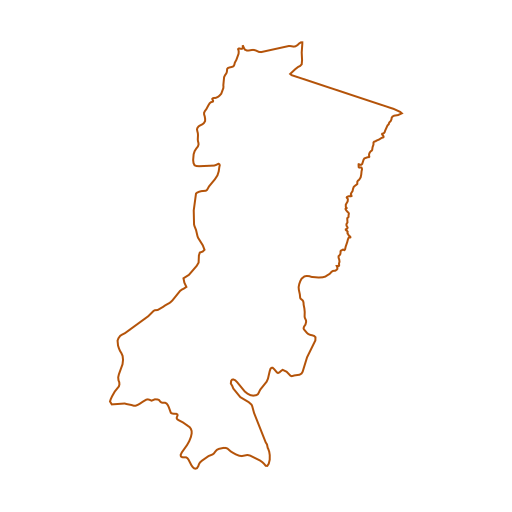 an SVG outline of Orellana, rotated 274°
{"feature_id": "ECU-1286", "entity_name": "Orellana", "entity_type": "Province", "adm_level": 1, "iso_a3": "ECU", "parent_name": "Ecuador", "parent_adm1": "", "projection": "orthographic", "projection_center": [-76.398, -0.797], "detail": "fine", "context": "isolated", "style": "outline", "palette": "amber", "viewbox_px": 512, "rotation_deg": 274, "n_neighbors": 0, "source": "natural_earth", "source_scale": "10m", "svg_char_len": 6093}
<svg xmlns="http://www.w3.org/2000/svg" viewBox="0 0 512 512"><g transform="rotate(274 256 256)"><path d="M465.3,228.1L463.1,229.2L461.1,230.5L460.3,232.7L460.5,234.5L461.3,237.8L461.4,239.6L461.0,241.5L459.8,244.7L459.8,247.0L467.8,274.2L467.8,275.9L467.5,279.0L467.9,280.7L469.3,282.7L471.0,284.2L472.3,286.0L472.4,287.3L470.7,287.4L462.2,287.4L454.5,288.3L450.4,288.2L448.6,286.7L447.6,284.9L445.1,282.1L440.0,277.4L438.9,278.9L412.2,383.5L409.8,389.8L408.5,391.5L406.5,387.9L405.6,384.0L404.6,382.4L403.3,381.7L401.8,381.6L399.9,380.9L398.7,379.8L397.6,379.3L396.6,379.2L395.5,378.1L390.1,376.1L388.5,375.7L387.6,375.1L387.1,374.3L386.8,373.4L386.4,373.2L385.6,373.7L384.9,374.5L383.7,375.0L383.1,374.5L382.6,373.1L380.8,370.7L379.4,367.9L378.9,367.5L378.3,365.9L377.5,365.3L375.3,365.4L372.7,364.7L370.0,364.5L369.2,364.1L368.5,363.2L367.7,362.6L366.3,361.9L365.1,361.7L364.0,361.8L362.9,362.1L362.5,361.8L362.5,361.3L362.2,360.2L360.9,357.3L359.6,356.6L355.2,355.5L354.4,354.7L354.2,353.7L354.6,352.8L354.7,352.0L354.0,351.9L353.3,352.1L351.9,352.2L351.5,352.6L351.4,353.3L351.7,354.3L351.6,355.0L350.8,355.5L349.7,355.7L348.0,355.4L344.7,355.3L341.7,354.9L339.3,353.6L338.2,352.4L337.2,351.9L334.9,352.0L334.1,351.2L333.2,350.1L331.8,348.7L329.7,348.1L327.5,347.8L325.6,346.7L324.5,346.3L323.8,346.4L323.3,346.9L322.5,347.1L322.2,346.5L322.1,345.7L322.2,344.7L321.8,343.6L321.2,342.6L320.7,342.4L320.2,342.7L319.7,343.4L318.7,343.7L316.8,343.6L313.6,342.0L311.7,342.1L310.9,342.3L310.6,342.8L310.2,343.1L309.9,342.8L309.7,342.2L309.3,342.0L308.9,342.1L308.1,342.6L306.3,344.3L305.9,345.0L305.2,345.5L304.6,345.7L303.4,345.5L302.7,345.5L301.5,345.6L300.9,345.2L300.1,344.4L299.0,344.5L295.8,344.9L294.4,344.1L293.5,344.0L292.5,344.2L291.6,344.9L290.6,345.4L289.8,345.1L289.3,344.5L288.9,343.7L288.4,343.7L287.8,344.3L287.3,345.2L286.5,345.8L285.7,345.6L285.0,345.7L284.7,345.8L284.3,346.3L283.1,347.0L282.5,347.7L282.1,348.4L281.4,348.9L281.1,348.8L280.9,347.4L280.4,347.0L278.8,346.5L276.1,346.0L271.6,344.8L268.9,344.4L268.0,343.8L268.1,343.2L268.5,342.5L268.3,341.9L267.5,340.9L267.2,340.2L266.4,340.0L265.3,340.1L263.9,340.0L262.7,339.4L261.6,338.4L260.6,338.4L259.5,338.7L258.2,339.3L256.0,339.7L254.3,339.3L252.5,339.6L251.7,339.2L251.6,338.5L251.8,337.7L251.7,337.2L250.4,337.9L248.9,338.1L248.0,337.5L246.9,336.2L246.7,335.1L246.5,333.9L246.1,333.2L245.2,332.2L243.6,331.0L242.7,329.9L241.9,328.7L240.3,326.6L239.4,323.9L238.9,320.1L239.0,312.9L239.6,310.5L239.6,307.9L239.0,305.7L236.6,303.1L234.2,302.0L231.1,301.1L227.9,300.7L225.3,301.1L220.8,302.4L217.3,303.0L216.5,303.5L215.1,305.5L214.2,306.2L212.5,306.7L210.8,306.9L207.1,307.9L203.5,308.5L199.1,308.7L197.8,309.0L195.2,310.4L193.7,310.6L191.0,310.1L189.0,308.9L187.3,308.5L186.2,308.9L182.9,312.1L181.8,313.6L181.1,315.6L180.8,317.7L180.3,319.6L179.1,321.0L175.9,321.1L158.5,314.0L143.8,310.6L141.9,309.6L140.6,307.7L139.5,302.5L138.9,301.0L138.6,299.8L139.0,298.7L142.7,294.6L144.3,290.5L142.7,288.6L141.6,287.6L140.8,286.1L141.3,285.0L144.3,282.1L145.7,280.4L145.5,279.2L144.5,278.3L142.1,277.7L134.5,276.5L131.4,275.4L123.2,269.7L121.7,269.0L120.1,268.4L118.2,267.5L117.2,266.0L116.5,263.0L116.8,260.1L118.1,257.1L120.1,254.2L128.8,246.0L130.6,243.9L131.3,241.8L130.9,240.7L129.6,239.9L127.0,239.8L124.7,241.4L122.2,242.6L114.1,250.2L109.7,258.9L107.4,261.9L105.9,262.7L99.3,265.0L70.7,278.7L68.8,280.1L65.3,281.1L64.8,281.5L61.8,282.8L58.3,283.6L53.8,283.9L49.7,283.2L47.4,281.9L47.4,280.3L49.2,278.6L50.7,276.8L52.3,274.2L56.5,264.0L56.9,261.3L55.4,255.7L55.6,253.1L56.7,249.7L58.1,246.7L59.3,244.4L61.9,241.0L62.4,239.3L62.3,236.9L61.0,232.4L59.9,230.5L58.3,229.2L56.0,227.7L55.0,226.5L53.1,222.6L48.0,216.3L46.1,214.5L44.3,213.6L42.4,213.1L40.2,211.9L39.6,210.4L39.9,209.0L41.0,207.6L42.7,206.2L48.3,202.8L49.6,201.6L50.3,200.2L50.1,198.0L50.1,196.4L50.8,195.1L52.3,194.7L54.9,195.7L62.6,200.4L66.6,202.3L71.0,203.7L74.5,204.2L76.9,204.0L79.0,203.1L80.6,201.8L84.9,194.7L86.9,190.1L87.6,188.9L88.4,188.3L89.4,188.2L91.7,188.9L92.5,188.6L93.0,187.5L92.9,184.6L93.1,183.1L93.6,182.0L99.0,179.6L101.0,178.5L102.6,177.1L103.3,175.5L103.1,172.6L103.5,171.4L104.3,170.4L105.5,169.4L106.0,167.9L106.0,165.2L104.4,161.9L104.7,161.1L105.0,160.2L105.3,159.1L105.4,157.7L105.0,156.5L102.8,153.3L100.4,150.2L99.3,148.5L98.2,146.3L98.1,144.6L98.7,142.0L99.3,137.1L99.7,135.3L97.9,122.5L100.7,120.5L103.1,121.1L106.0,122.2L111.0,124.6L116.3,128.3L118.4,128.7L120.5,128.4L122.4,127.5L125.4,127.0L128.5,127.5L138.7,130.4L143.1,130.6L147.0,129.9L149.7,128.5L151.8,127.0L154.3,125.7L157.1,124.6L161.9,123.8L164.3,124.5L166.9,126.1L168.1,127.7L169.9,130.7L188.4,152.7L194.0,157.6L194.7,158.6L194.9,159.2L195.1,160.8L195.4,161.9L198.8,166.9L200.3,168.7L202.1,171.4L202.7,172.4L203.7,173.7L205.7,175.6L215.9,182.7L217.5,184.6L218.3,186.1L220.3,188.7L224.4,186.4L228.7,185.2L232.5,190.4L242.0,197.5L245.4,199.2L252.5,199.0L255.5,199.7L256.7,202.5L258.6,204.2L262.9,202.2L270.2,196.9L271.8,196.2L277.7,194.4L281.4,192.6L283.1,192.0L297.1,190.7L314.1,191.8L315.0,192.7L316.1,194.7L316.9,197.0L317.6,201.4L318.6,202.6L322.2,204.3L329.6,209.6L333.7,211.9L337.8,212.9L342.0,213.2L344.1,213.5L345.0,213.0L345.4,212.2L345.0,211.4L344.2,210.1L343.3,208.0L341.6,193.1L341.6,190.3L342.2,188.4L344.3,187.2L347.4,186.6L353.2,186.7L356.4,187.5L359.0,188.9L361.2,190.4L363.2,190.9L364.7,190.7L366.5,190.1L368.1,189.8L372.5,189.7L374.5,189.4L376.3,188.8L378.2,188.3L379.6,188.6L381.3,189.7L382.2,190.9L383.7,193.4L384.9,194.7L387.0,195.8L389.2,195.7L391.7,195.1L393.5,194.4L395.2,194.2L397.0,194.9L399.0,196.2L403.0,198.0L405.1,199.1L406.2,200.2L406.6,201.3L407.1,202.3L407.8,202.4L409.6,201.4L410.3,201.9L410.7,202.9L410.9,204.7L411.5,205.9L412.2,207.1L413.3,208.3L415.4,210.0L421.2,211.7L422.8,211.7L424.0,211.5L432.2,211.7L434.2,212.5L436.2,213.7L437.7,214.1L440.6,214.2L441.5,214.8L442.2,216.3L442.7,218.0L443.3,219.7L444.3,220.7L445.6,221.1L447.4,221.4L450.2,222.7L456.5,224.5L458.6,224.5L460.0,224.2L461.1,223.7L461.7,224.2L461.9,224.7L461.6,226.8L461.9,227.9L462.5,228.3L465.3,228.1Z" fill="none" stroke="#b45309" stroke-width="2"/></g></svg>